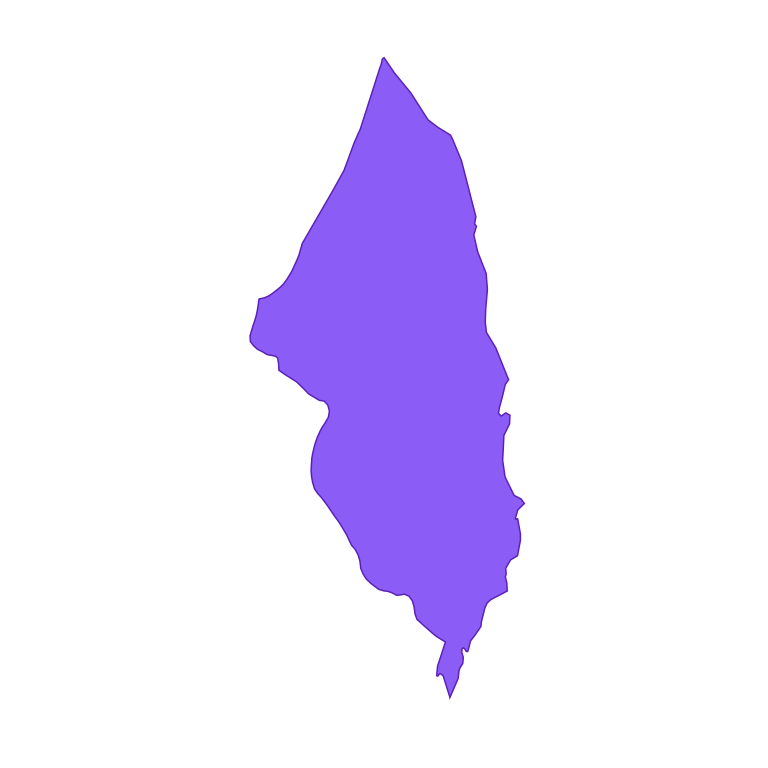 Washhah, Hajjah, Yemen (Equal Earth projection), rotated 349°
{"feature_id": "15242507B45949371630165", "entity_name": "Washhah", "entity_type": "district", "adm_level": 2, "iso_a3": "YEM", "parent_name": "Yemen", "parent_adm1": "Hajjah", "projection": "equal_earth", "projection_center": [43.377, 16.335], "detail": "fine", "context": "isolated", "style": "filled", "palette": "violet", "viewbox_px": 768, "rotation_deg": 349, "n_neighbors": 0, "source": "geoboundaries", "source_scale": "gbopen_adm2", "svg_char_len": 2745}
<svg xmlns="http://www.w3.org/2000/svg" viewBox="0 0 768 768"><g transform="rotate(349 384 384)"><path d="M277.5,276.8L275.8,281.9L273.7,287.6L271.6,292.6L269.1,297.3L266.5,302.0L264.0,306.6L261.7,311.2L260.9,316.9L261.5,318.0L263.4,321.7L266.4,325.8L270.9,329.2L274.9,332.8L282.8,336.0L284.6,338.3L284.4,343.5L283.5,350.5L288.5,355.7L298.5,365.1L303.3,371.9L308.1,379.3L317.4,387.7L322.1,389.4L324.9,394.2L325.2,400.4L323.0,406.1L319.5,410.0L319.1,410.6L315.3,414.4L312.1,418.3L309.2,422.4L308.8,422.9L305.8,427.9L303.4,432.7L301.1,437.7L299.0,443.1L297.2,449.9L295.9,455.2L295.2,461.6L295.2,467.4L295.8,473.7L298.0,478.8L300.9,483.5L303.3,488.4L305.6,493.3L307.7,498.3L309.8,503.3L312.3,508.5L314.5,513.7L316.8,520.0L318.6,525.1L319.9,530.6L321.3,535.9L324.2,541.0L326.0,546.9L326.6,553.6L326.0,560.7L327.4,567.0L329.0,571.0L329.6,572.4L333.0,577.1L336.5,581.1L339.8,584.7L344.3,587.0L347.8,588.1L351.0,589.8L354.4,592.4L356.1,593.8L359.5,594.2L363.1,594.2L363.9,594.2L368.1,597.1L370.5,602.4L371.0,608.9L370.6,615.7L371.5,621.4L374.5,625.4L377.7,629.7L381.0,633.9L384.1,638.0L387.4,641.9L391.4,645.6L395.1,649.0L382.7,671.3L380.1,680.1L380.5,680.9L381.5,680.8L382.7,679.5L383.7,679.0L384.8,679.8L386.4,681.8L386.9,686.2L388.9,704.0L388.9,704.3L400.6,687.2L402.8,680.1L404.2,677.4L408.0,673.4L409.7,667.5L409.2,661.9L410.0,659.0L411.2,658.1L412.6,659.1L413.7,662.2L415.0,662.6L416.3,660.6L419.8,652.8L425.4,647.9L429.1,644.3L432.9,640.4L433.7,637.8L433.8,637.2L435.7,632.8L438.0,628.0L440.5,622.7L443.5,618.6L447.6,616.1L452.3,614.6L456.5,613.5L465.5,610.7L466.6,602.6L466.3,596.4L467.6,594.0L468.3,588.5L468.3,588.1L474.7,580.8L482.3,578.0L488.1,563.4L488.2,562.8L489.3,557.3L489.5,542.4L489.3,541.8L488.8,541.7L488.1,542.2L487.4,541.6L487.5,540.4L488.3,539.1L491.1,533.5L491.4,533.0L499.0,528.1L496.6,523.0L490.5,518.2L486.6,504.0L485.1,498.2L485.9,481.5L487.5,475.2L491.9,457.3L499.7,447.0L500.5,443.4L501.7,438.7L498.0,435.6L492.9,437.8L490.8,434.6L492.8,429.2L497.6,419.4L500.0,414.1L503.0,407.6L505.5,405.1L507.1,403.6L506.1,398.2L503.7,385.9L500.7,370.1L494.4,352.8L495.2,342.5L495.3,342.2L497.8,331.3L498.1,330.0L503.5,311.1L505.4,295.0L501.2,272.3L501.0,266.9L500.6,254.8L502.3,251.6L504.8,246.8L503.5,244.1L506.1,237.4L502.7,180.4L502.7,179.8L498.1,157.2L496.8,152.4L485.9,142.4L477.6,133.1L465.9,103.4L453.6,80.7L446.3,63.7L444.5,64.5L443.3,67.2L442.1,69.9L440.2,73.0L409.4,129.2L405.5,134.7L404.9,135.6L400.5,141.9L395.6,150.1L385.5,166.7L371.1,183.9L330.7,230.3L327.9,235.7L325.2,241.1L322.3,245.5L318.6,250.8L315.7,254.7L315.2,255.5L311.9,259.2L308.5,262.9L307.4,263.9L304.7,266.4L300.8,269.1L296.3,271.5L292.0,273.7L287.9,275.5L283.0,276.6L278.6,276.7L277.5,276.8Z" fill="#8b5cf6" stroke="#5b21b6" stroke-width="1.5"/></g></svg>